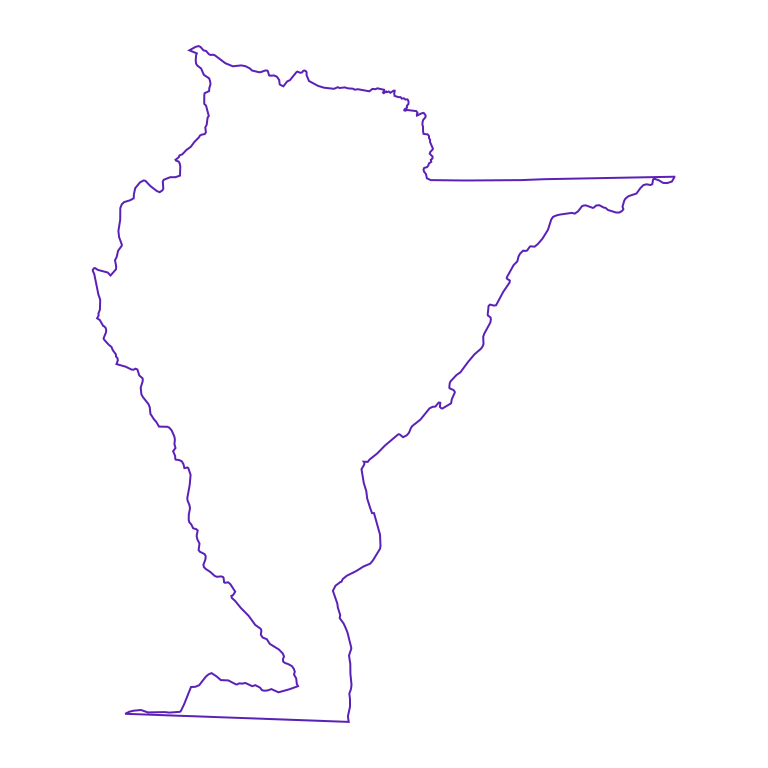 outline of Neno, Neno, Malawi
{"feature_id": "42251766B14168102698524", "entity_name": "Neno", "entity_type": "district", "adm_level": 2, "iso_a3": "MWI", "parent_name": "Malawi", "parent_adm1": "Neno", "projection": "albers", "projection_center": [34.695, -15.51], "detail": "fine", "context": "isolated", "style": "outline", "palette": "violet", "viewbox_px": 768, "rotation_deg": 0, "n_neighbors": 0, "source": "geoboundaries", "source_scale": "gbopen_adm2", "svg_char_len": 6028}
<svg xmlns="http://www.w3.org/2000/svg" viewBox="0 0 768 768"><path d="M430.8,180.1L426.9,178.3L426.0,174.2L424.1,171.7L423.5,169.7L424.2,167.9L427.1,167.1L428.3,165.5L428.9,163.5L431.3,161.8L430.8,159.8L432.4,158.5L432.6,157.6L432.5,156.5L429.7,153.7L430.4,151.8L432.6,149.6L432.9,148.6L430.0,141.9L430.1,139.8L429.0,138.1L429.0,136.1L427.7,134.4L423.6,133.9L423.1,131.8L423.0,126.7L422.4,124.7L422.6,121.7L423.3,119.7L425.4,117.4L425.6,115.3L423.7,112.9L421.6,113.3L417.0,115.6L416.8,114.6L417.5,112.7L416.3,111.1L407.2,110.0L405.3,110.7L404.3,110.4L404.5,109.4L407.0,107.7L406.9,105.7L408.3,104.3L408.6,102.2L408.1,100.2L407.4,99.4L405.3,99.5L403.8,98.3L401.8,98.6L400.5,97.1L398.4,97.1L394.6,95.9L394.2,93.8L394.7,90.7L393.7,90.6L390.3,92.8L388.8,91.5L386.9,92.2L386.2,91.5L383.7,93.2L383.0,92.5L384.2,90.8L384.1,89.8L377.4,88.3L375.5,89.2L372.5,88.9L369.3,91.3L357.9,89.2L354.9,89.7L353.0,88.7L347.7,88.3L344.8,87.4L339.6,88.0L337.7,87.2L334.1,88.8L324.0,87.7L318.1,85.9L309.0,81.0L306.6,75.3L306.6,72.3L306.1,71.3L304.3,70.5L303.3,70.8L302.1,72.4L300.2,72.8L297.4,71.6L296.5,72.1L289.9,80.2L287.2,81.4L283.4,86.3L280.2,84.8L279.6,84.0L279.2,80.0L276.9,76.7L274.1,75.5L269.9,75.7L269.0,75.2L267.9,71.2L267.1,70.5L265.1,70.5L260.9,72.1L258.9,72.2L252.0,70.5L249.8,68.4L245.3,66.1L241.1,65.4L232.9,66.3L225.3,63.2L214.7,55.2L212.8,54.7L210.7,55.0L208.9,54.2L206.2,51.1L203.3,50.2L200.6,47.0L198.7,46.1L195.7,46.8L189.4,50.3L196.8,53.4L196.1,55.3L195.7,60.4L196.1,63.5L197.1,65.4L201.1,68.5L203.9,74.9L209.1,78.3L210.1,81.2L210.5,84.2L209.3,88.1L209.1,91.1L204.6,93.2L204.3,95.2L204.2,103.2L204.5,104.2L206.0,105.5L208.8,116.0L207.6,117.6L206.7,124.7L205.3,127.4L205.9,132.4L204.7,134.1L201.8,134.6L199.9,135.6L198.9,137.4L194.5,141.8L190.7,146.9L186.5,149.9L182.3,154.3L179.5,155.4L178.6,157.4L175.5,159.8L176.0,160.6L178.7,161.6L179.7,163.5L180.3,166.4L180.0,175.6L175.4,177.2L170.2,177.2L163.7,179.8L162.8,181.5L163.3,188.8L162.2,190.5L159.7,192.2L156.8,191.0L150.3,186.0L145.4,180.8L143.4,180.5L139.9,182.5L135.2,188.2L133.9,194.2L133.7,198.3L130.0,200.3L124.1,202.1L121.8,204.3L120.3,208.1L120.2,219.8L118.4,231.0L119.1,237.2L121.9,244.8L121.7,245.8L118.1,250.8L116.6,257.2L115.0,260.2L116.2,266.4L116.0,269.3L110.5,275.5L107.7,272.5L97.8,269.9L95.3,268.2L94.3,268.1L92.9,269.6L92.8,271.0L94.2,273.8L98.4,294.5L100.2,299.7L99.9,309.8L98.4,313.5L98.6,315.5L97.1,318.3L99.7,319.9L103.3,326.1L104.3,326.4L105.7,328.0L106.2,330.2L106.0,332.3L103.6,338.3L103.9,339.4L108.8,344.8L111.5,347.0L112.8,350.2L115.9,354.4L116.0,356.5L117.4,358.1L117.9,360.1L116.5,364.1L125.7,366.7L131.6,369.6L133.6,369.7L135.5,368.7L137.4,369.5L139.3,375.5L142.5,378.2L142.8,379.4L142.6,381.5L140.7,387.7L141.4,394.4L143.0,397.2L148.6,404.3L149.8,407.5L150.4,413.8L154.0,419.4L156.2,421.8L159.0,426.6L167.7,426.8L169.5,427.9L171.7,430.5L174.4,436.7L174.9,439.8L174.4,443.9L175.5,448.0L173.1,451.2L175.2,456.1L175.2,458.7L175.7,459.6L178.8,460.0L181.7,461.2L183.4,464.0L184.4,468.1L187.5,467.5L188.3,468.1L190.6,474.9L189.7,484.9L187.3,498.0L187.5,500.3L189.5,505.3L190.0,508.4L188.8,514.6L188.7,519.9L189.2,522.0L191.3,524.5L193.2,528.3L196.3,529.2L197.7,530.5L196.6,536.0L197.4,539.4L199.5,543.6L198.6,550.0L199.8,551.7L204.6,554.1L205.7,556.1L205.4,559.4L203.4,564.8L203.9,567.0L205.5,568.8L210.1,571.8L214.8,576.0L217.0,576.8L221.2,576.4L223.1,577.1L223.6,578.0L224.1,582.3L225.0,582.8L228.1,582.3L230.4,584.2L235.2,591.7L233.0,595.2L231.4,595.9L231.8,597.9L235.1,600.9L240.8,607.9L248.7,615.9L255.3,625.0L260.6,628.7L261.4,630.5L260.8,634.7L262.6,637.5L266.8,639.2L269.8,643.9L278.9,649.5L282.7,653.4L284.0,656.4L282.9,659.5L283.2,661.6L285.0,663.0L288.0,664.0L291.8,666.0L293.8,668.8L294.8,671.7L294.0,674.6L296.2,678.4L296.8,683.8L298.0,686.2L289.0,689.4L278.5,692.3L271.4,689.1L267.3,690.5L264.0,690.7L261.9,690.1L260.0,687.6L255.3,685.2L252.2,686.2L245.5,683.0L242.3,683.6L239.0,683.4L237.2,684.4L236.0,684.4L228.3,680.4L220.8,680.1L216.7,676.5L211.5,673.1L208.5,674.4L205.9,676.6L199.2,685.2L195.3,686.8L191.0,687.0L184.1,704.3L180.8,711.1L180.0,711.8L169.3,712.6L165.0,712.1L147.8,712.4L141.0,710.0L133.6,710.7L129.4,711.7L125.2,713.8L348.7,721.9L347.9,716.3L350.0,706.8L350.0,699.0L349.3,693.7L351.0,688.9L351.5,684.8L350.4,673.6L350.3,663.9L349.0,655.6L351.3,648.6L351.2,647.4L347.5,632.6L345.8,628.3L343.6,623.5L339.7,618.1L340.2,615.0L337.9,607.8L337.3,603.5L332.9,590.8L335.5,585.7L340.4,582.0L341.4,581.8L342.8,579.0L346.9,575.7L356.3,571.0L363.5,566.5L370.3,563.6L372.9,560.4L380.0,548.8L380.5,546.1L380.0,534.6L374.0,513.1L372.0,513.1L370.1,507.8L367.2,498.6L366.3,491.2L363.8,483.1L361.5,469.2L364.2,464.6L364.4,462.5L363.8,461.7L367.7,461.9L369.6,459.5L377.3,453.4L385.0,445.5L397.9,434.6L398.9,434.2L399.9,434.6L403.1,437.2L406.9,435.2L409.0,432.7L411.1,427.6L412.3,426.0L420.4,419.6L429.5,408.4L432.4,406.9L435.5,406.5L438.7,402.5L440.3,402.8L439.9,406.9L441.3,408.3L442.4,408.5L451.1,403.3L451.8,399.2L454.8,392.6L454.7,391.6L453.5,390.0L449.7,388.4L449.3,387.5L449.7,383.4L450.5,381.4L456.6,374.9L460.5,372.2L468.0,362.0L474.6,354.2L481.0,348.7L482.8,346.1L483.5,344.0L483.2,336.8L484.2,333.8L490.3,322.6L490.9,319.4L490.5,317.4L487.9,315.5L487.7,314.5L488.6,305.9L490.0,304.6L494.0,305.6L496.1,305.2L503.2,291.9L509.6,282.5L509.8,280.5L507.2,278.9L506.7,278.0L507.0,277.0L513.6,265.1L517.3,261.4L518.6,256.3L520.1,253.6L523.2,250.6L525.1,251.0L527.1,250.5L529.8,246.7L530.5,246.3L534.5,246.7L537.7,244.2L542.5,238.6L548.0,229.7L551.2,219.6L552.9,217.0L555.6,215.7L559.7,214.6L571.7,212.9L574.8,213.6L578.2,211.2L582.0,206.2L583.9,205.5L585.9,205.4L592.8,207.9L593.8,207.6L596.2,205.5L599.3,205.2L603.8,207.6L605.6,207.9L608.0,210.0L616.0,212.5L619.5,212.5L622.2,210.8L623.4,209.2L622.5,206.7L624.2,200.8L625.2,198.9L628.4,196.2L636.5,193.5L640.4,188.1L643.4,185.1L646.5,184.3L650.5,185.0L651.6,184.5L652.3,184.1L653.0,180.0L653.6,179.1L654.6,178.9L658.7,180.2L663.1,182.9L667.2,183.1L671.9,181.5L674.6,176.9L675.2,176.7L544.2,179.2L521.3,180.1L465.7,180.5L430.8,180.1Z" fill="none" stroke="#5b21b6" stroke-width="2"/></svg>